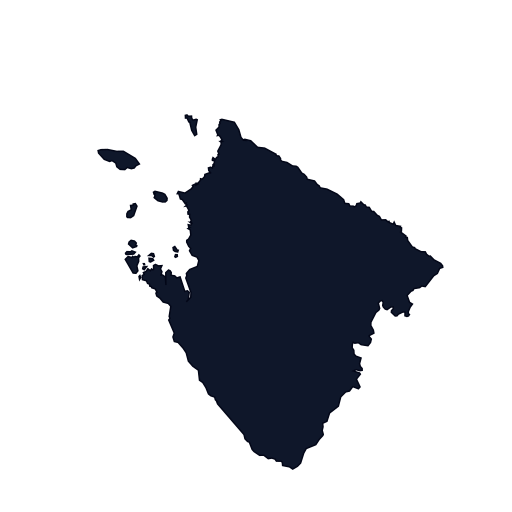 Kota Sorong, Papua Barat, Indonesia, rotated 48°
{"feature_id": "22746128B11366688050704", "entity_name": "Kota Sorong", "entity_type": "district", "adm_level": 2, "iso_a3": "IDN", "parent_name": "Indonesia", "parent_adm1": "Papua Barat", "projection": "mercator", "projection_center": [131.281, -0.866], "detail": "fine", "context": "isolated", "style": "filled", "palette": "ink", "viewbox_px": 512, "rotation_deg": 48, "n_neighbors": 0, "source": "geoboundaries", "source_scale": "gbopen_adm2", "svg_char_len": 6160}
<svg xmlns="http://www.w3.org/2000/svg" viewBox="0 0 512 512"><g transform="rotate(48 256 256)"><path d="M390.3,132.9L388.1,127.8L389.4,124.8L388.1,123.9L385.0,123.7L378.0,126.3L372.6,126.5L371.9,127.6L368.8,128.1L366.2,127.4L363.2,130.5L357.0,132.9L355.9,132.5L354.0,133.8L345.9,132.9L343.5,131.2L342.2,132.3L341.5,131.2L334.9,132.5L334.9,131.4L332.5,129.0L331.0,129.6L330.6,128.8L326.8,131.8L323.3,130.7L324.2,132.7L320.5,134.5L319.2,134.0L319.0,135.1L315.9,135.4L313.1,138.7L309.1,137.8L306.9,138.7L301.7,138.7L300.2,140.2L295.6,139.3L293.6,141.3L291.2,140.7L290.1,141.6L285.9,141.8L286.4,143.1L284.6,146.0L285.7,147.9L285.3,150.1L284.0,150.4L281.8,152.8L279.2,152.1L276.3,154.8L272.8,153.2L264.3,154.3L253.8,158.5L248.3,162.7L246.1,162.1L243.7,162.7L239.4,162.3L233.2,166.6L231.3,165.6L227.5,165.6L225.1,166.5L218.0,165.6L216.2,166.1L213.5,168.6L207.2,170.4L203.0,173.4L201.3,173.6L199.9,172.5L196.9,172.1L196.0,173.2L193.7,173.6L193.6,173.1L181.6,177.4L176.3,182.1L166.8,182.8L161.8,186.2L161.3,187.3L162.5,187.0L161.6,187.9L157.8,187.8L150.7,184.3L142.1,182.6L131.6,189.9L130.9,191.3L131.9,191.5L132.2,193.4L133.4,194.0L133.6,195.5L135.5,197.2L135.7,201.5L140.5,203.3L140.7,204.0L141.6,202.7L143.5,202.8L146.8,203.5L147.0,205.0L148.1,204.6L147.0,206.0L148.4,205.8L150.1,207.7L152.5,214.2L155.5,215.4L155.2,216.4L156.9,217.6L156.4,219.3L157.1,221.6L154.1,222.1L154.9,223.7L155.8,224.4L157.5,223.1L159.2,225.1L159.4,226.6L160.3,226.1L161.1,227.0L160.2,227.9L161.5,229.5L159.6,230.4L158.7,232.4L160.9,233.9L164.5,234.2L163.0,234.8L161.2,239.4L162.6,241.0L162.9,244.5L161.5,245.5L162.5,246.5L163.1,250.3L162.4,251.2L163.3,251.0L162.9,251.6L163.5,251.7L163.1,253.4L161.9,252.8L161.0,256.0L162.3,256.2L162.8,259.2L161.7,266.7L156.1,270.5L157.0,272.8L158.1,271.7L163.0,274.0L164.8,273.0L169.8,273.6L170.0,272.8L170.3,273.5L171.8,273.1L171.8,274.9L172.3,274.1L177.3,275.3L177.6,277.1L179.4,278.5L180.7,277.4L182.7,279.4L186.2,280.1L186.6,281.4L188.1,281.6L187.0,282.5L188.9,282.2L189.5,283.9L187.4,285.4L189.4,286.6L190.4,286.0L189.8,286.8L190.0,287.0L190.5,286.6L190.1,288.2L192.6,287.4L196.8,290.4L198.3,294.8L198.0,297.0L199.3,298.2L203.8,299.5L206.6,299.4L207.6,301.9L212.8,303.0L217.3,300.6L221.1,301.5L224.5,306.6L221.7,314.3L222.4,319.4L224.2,320.5L225.4,322.9L239.7,328.8L243.1,332.2L243.5,338.5L242.9,335.4L238.4,330.0L236.0,330.2L234.7,332.6L220.7,326.4L219.3,329.5L216.4,329.7L213.5,332.0L211.5,330.0L209.5,329.7L207.9,330.4L208.0,334.2L217.3,342.4L210.9,337.4L207.5,338.2L206.6,339.3L204.7,336.4L201.7,335.7L200.2,332.4L198.1,335.1L195.0,336.4L194.5,338.5L197.5,341.1L197.1,342.0L195.7,342.3L196.2,344.4L193.1,344.9L193.9,347.9L193.0,350.8L194.9,351.4L194.4,353.6L197.6,356.2L201.1,354.0L203.8,354.9L205.6,354.0L207.4,355.1L208.8,354.2L209.9,354.7L213.0,352.9L216.7,353.8L216.6,355.2L219.3,356.5L223.1,355.6L228.1,355.8L232.6,352.9L236.4,353.0L242.9,361.0L244.7,361.6L245.2,363.7L258.6,368.3L260.6,371.9L264.9,373.9L268.1,371.7L275.7,371.8L281.2,372.6L288.9,376.6L295.7,376.7L302.3,375.2L310.5,381.1L314.4,380.2L320.4,381.3L326.7,383.6L329.6,383.1L333.2,381.1L335.7,382.4L339.6,382.1L337.3,382.4L340.2,383.5L380.7,384.4L384.5,386.5L388.2,386.4L389.9,385.5L397.2,388.3L400.0,388.3L406.5,386.7L409.3,383.5L414.8,382.5L416.7,379.5L419.6,377.8L422.1,378.1L425.3,374.6L426.9,374.5L429.5,376.4L435.1,372.2L438.9,371.3L440.0,365.9L439.7,361.4L434.4,352.4L432.7,347.5L436.2,337.8L434.6,331.7L434.1,326.4L433.6,325.4L429.9,323.5L427.8,320.5L424.9,318.4L426.3,313.9L421.9,306.4L422.7,295.3L417.4,287.3L417.0,280.3L418.9,276.9L417.8,271.5L423.2,268.7L422.9,266.3L414.7,263.8L413.6,257.5L412.2,257.3L406.5,260.7L407.5,257.6L410.7,255.6L412.0,253.6L410.6,252.4L407.9,252.4L405.3,251.1L402.1,246.2L397.2,248.8L394.4,248.7L391.5,246.4L388.5,245.9L386.2,243.6L385.1,241.5L386.8,241.0L389.0,237.9L392.2,237.2L397.6,232.8L396.9,228.8L394.9,225.9L391.7,225.8L390.9,225.1L392.2,220.0L389.6,218.4L384.5,217.2L382.1,214.9L378.2,204.7L378.4,200.9L377.7,199.2L372.8,196.6L372.6,193.5L373.5,192.1L375.6,192.5L377.5,194.9L379.1,195.5L381.9,195.5L383.6,194.5L384.1,190.0L385.4,188.2L387.0,189.1L387.3,191.9L388.4,193.1L393.7,192.7L394.8,191.3L394.5,189.1L395.9,184.3L397.4,182.8L400.1,185.3L401.9,184.3L402.6,182.7L402.1,181.1L400.8,181.4L399.3,180.1L397.2,175.7L396.4,171.9L393.2,172.9L386.4,170.1L385.9,164.4L386.6,162.4L385.9,160.4L389.0,155.6L389.2,152.9L392.0,150.7L389.6,137.1L390.3,132.9ZM102.7,280.4L89.4,284.5L84.9,289.6L77.5,295.1L73.3,300.0L72.0,302.8L74.2,304.1L82.6,304.1L87.8,301.5L88.7,299.2L89.6,298.9L93.1,298.0L96.6,299.7L100.7,299.0L104.0,295.7L104.0,292.5L107.7,290.2L109.1,287.6L108.6,284.8L109.6,281.1L102.7,280.4ZM178.4,342.3L176.8,342.3L177.2,344.8L175.4,346.2L175.3,347.5L173.7,348.0L174.2,349.2L170.8,351.4L171.0,355.4L186.4,358.7L188.5,356.8L188.0,353.7L183.6,351.2L181.5,346.8L178.8,344.5L178.4,342.3ZM115.4,208.5L114.3,209.0L113.0,211.8L110.7,211.7L108.9,210.3L106.9,212.8L105.0,212.9L104.2,214.4L106.3,216.1L107.3,214.9L111.5,216.2L112.3,215.7L119.6,219.7L125.5,221.0L125.9,218.6L119.9,214.6L115.4,208.5ZM149.2,282.5L146.7,283.4L140.3,287.8L140.0,289.5L141.1,290.0L142.0,289.3L142.0,290.4L143.5,290.5L144.5,292.6L149.3,291.9L153.3,289.3L155.1,287.2L155.1,285.0L153.6,283.4L149.2,282.5ZM139.3,311.1L136.3,310.6L135.2,312.5L136.1,313.2L134.5,315.4L138.2,317.8L137.3,321.3L138.2,323.7L140.4,325.7L141.4,325.7L143.6,323.5L144.1,319.9L139.3,311.1ZM166.3,336.3L163.6,336.3L160.8,338.3L160.7,340.9L161.8,342.7L167.4,342.2L169.0,338.4L168.5,337.6L167.1,338.1L166.3,336.3ZM172.7,345.6L172.4,343.1L169.1,344.8L168.9,346.4L166.4,349.0L166.6,351.1L167.7,351.5L168.6,350.9L172.7,345.6ZM199.1,310.6L194.6,310.0L194.2,312.0L196.6,313.5L198.5,313.1L200.6,311.5L199.7,310.0L199.1,310.6ZM189.9,338.4L190.7,334.9L188.9,334.5L186.1,337.0L188.7,339.0L189.9,338.4ZM188.3,331.8L185.7,330.6L184.0,332.0L183.9,335.3L185.9,333.2L188.3,332.8L188.3,331.8ZM189.7,348.8L191.4,348.2L190.7,344.4L188.6,347.2L189.7,348.8ZM203.2,316.6L203.7,314.7L202.3,313.7L201.1,314.9L202.2,316.8L203.2,316.6ZM194.8,356.1L192.8,355.3L192.9,356.6L195.5,358.2L194.8,356.1ZM187.6,345.2L188.0,344.6L187.0,344.1L186.4,344.8L187.6,345.2Z" fill="#0f172a" stroke="#020617" stroke-width="1.5"/></g></svg>